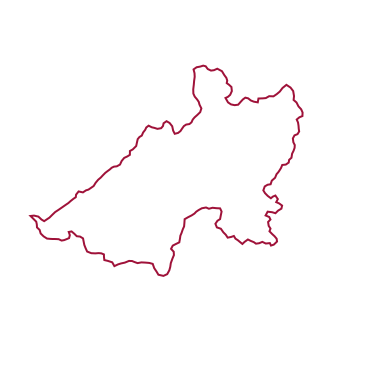 the district of Itambé do Mato Dentro, Minas Gerais, Brazil, rotated 320°
{"feature_id": "56859067B50923424143790", "entity_name": "Itambé do Mato Dentro", "entity_type": "district", "adm_level": 2, "iso_a3": "BRA", "parent_name": "Brazil", "parent_adm1": "Minas Gerais", "projection": "orthographic", "projection_center": [-43.352, -19.41], "detail": "fine", "context": "isolated", "style": "outline", "palette": "rose", "viewbox_px": 384, "rotation_deg": 320, "n_neighbors": 0, "source": "geoboundaries", "source_scale": "gbopen_adm2", "svg_char_len": 3624}
<svg xmlns="http://www.w3.org/2000/svg" viewBox="0 0 384 384"><g transform="rotate(320 192 192)"><path d="M325.4,204.8L327.8,202.2L328.8,198.8L328.6,194.9L329.6,190.6L329.0,186.8L331.8,184.1L334.4,179.7L334.6,175.3L333.2,170.6L328.2,170.5L323.8,171.5L319.9,171.5L315.9,171.1L312.7,168.2L308.9,167.5L306.2,165.6L303.0,163.1L300.0,165.6L297.4,162.5L295.9,159.7L295.2,156.3L293.5,154.0L290.5,153.8L287.4,154.2L283.5,154.8L280.5,152.9L278.2,150.0L277.2,146.5L278.1,141.5L280.7,142.2L283.7,142.1L287.4,140.3L289.7,136.9L289.3,133.7L288.6,130.9L290.6,129.3L291.7,126.6L291.9,123.2L292.6,118.7L290.6,113.8L287.1,112.8L284.6,111.2L283.1,107.9L283.3,104.5L281.8,102.4L278.9,101.2L275.7,99.4L272.0,99.1L270.3,102.6L268.1,105.5L265.1,108.2L262.3,111.0L258.9,114.2L256.3,117.5L255.4,120.7L255.4,124.5L255.1,127.3L253.9,129.9L252.9,134.0L249.6,136.1L245.5,136.4L241.9,136.5L239.1,137.0L236.4,138.3L233.7,138.3L230.9,136.6L228.1,136.3L225.4,137.0L222.3,137.9L219.3,137.8L216.2,136.3L217.0,132.9L219.1,128.9L219.2,124.7L218.0,121.4L214.4,121.1L212.2,122.8L209.4,123.3L206.1,121.4L204.4,118.7L202.8,116.6L201.4,113.3L198.4,113.2L196.1,114.3L192.8,115.0L189.8,116.5L187.1,116.1L184.4,116.6L181.5,118.8L178.8,120.9L174.0,121.3L170.8,120.7L168.3,123.6L165.4,123.2L162.0,122.3L158.1,123.0L154.5,124.7L150.9,124.0L148.5,122.4L146.1,121.8L143.5,121.9L140.6,121.7L137.9,121.6L134.6,121.9L131.3,122.3L128.0,122.3L124.1,123.0L120.5,124.2L117.1,123.9L114.2,123.6L111.9,122.6L108.2,122.2L105.5,118.7L101.5,119.5L99.6,121.3L97.0,121.0L93.2,120.9L90.2,121.0L87.3,120.7L82.9,120.3L78.5,119.9L74.3,119.4L69.9,119.7L66.3,120.0L63.7,119.7L60.0,119.3L59.0,116.3L58.5,112.1L55.8,108.5L52.9,106.6L53.3,111.1L53.6,114.6L52.4,116.9L50.5,119.5L50.9,123.1L49.4,126.5L49.8,130.6L51.0,134.5L54.0,137.5L57.0,140.1L59.5,142.4L60.9,145.4L63.2,146.7L65.6,147.5L68.2,148.3L70.7,146.5L71.9,143.4L74.4,144.8L75.0,148.3L75.3,151.8L77.6,154.2L78.7,157.5L77.1,160.4L75.5,163.3L74.4,166.6L73.4,170.2L75.5,174.1L78.4,176.8L81.2,178.8L83.1,180.7L84.4,183.2L82.8,185.2L81.1,187.8L83.2,190.6L85.7,194.6L84.9,198.9L88.8,199.9L91.7,201.1L95.1,202.9L99.4,204.3L101.7,206.3L103.0,208.8L104.6,211.5L108.0,213.4L111.0,216.2L113.7,218.9L115.7,221.8L114.1,226.1L113.7,230.0L113.1,233.8L116.2,237.9L120.2,239.0L124.3,237.4L127.2,235.4L130.0,232.9L134.3,230.4L137.6,228.7L139.6,226.0L139.4,222.1L142.8,220.7L146.3,221.5L149.9,222.4L152.8,220.0L155.0,218.0L157.6,216.7L160.9,214.7L163.8,213.3L166.3,210.8L168.9,208.1L172.8,208.8L176.7,209.7L180.0,210.1L182.6,209.8L185.5,210.1L189.1,210.8L192.8,212.9L194.2,215.7L197.6,217.3L200.4,220.2L203.0,222.6L202.1,226.0L198.8,228.6L196.1,230.8L193.0,230.4L189.5,231.4L188.3,235.1L190.5,238.7L190.1,243.0L190.4,246.4L190.0,249.9L193.1,251.6L195.8,252.6L195.3,255.7L196.1,258.3L196.7,261.6L197.2,264.2L200.2,264.0L204.3,264.3L205.6,267.3L207.1,270.1L207.8,272.7L210.5,274.4L213.8,275.4L215.4,278.9L218.8,281.2L218.1,283.8L220.8,284.9L225.3,284.6L226.8,282.2L226.8,278.9L226.4,275.9L226.1,271.9L228.6,270.5L229.0,267.2L231.0,263.9L234.4,263.5L235.1,260.8L233.3,257.3L237.3,255.7L240.4,259.0L242.3,261.9L245.9,261.6L249.8,262.2L252.3,260.3L251.4,256.7L250.0,253.9L253.2,252.6L253.6,248.3L251.0,247.5L248.4,247.5L247.5,243.7L247.2,239.8L247.7,236.6L251.3,234.5L254.5,235.0L257.2,236.6L260.4,234.6L264.8,234.5L268.2,232.7L270.9,232.3L273.3,231.6L275.7,230.8L278.5,229.3L281.5,231.3L285.0,231.6L287.1,229.8L290.2,229.7L293.3,227.0L296.3,225.7L299.0,224.1L300.9,222.1L301.6,219.1L303.7,215.8L306.9,214.5L310.0,215.5L313.0,214.5L314.4,212.2L316.2,209.7L317.9,206.9L318.8,203.8L322.3,203.8L325.4,204.8Z" fill="none" stroke="#9f1239" stroke-width="2"/></g></svg>